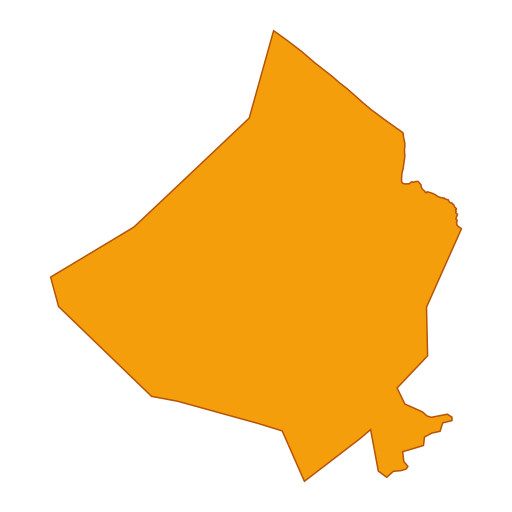 the district of Tessalit, Kidal, Mali
{"feature_id": "8926073B10282848961107", "entity_name": "Tessalit", "entity_type": "district", "adm_level": 2, "iso_a3": "MLI", "parent_name": "Mali", "parent_adm1": "Kidal", "projection": "natural_earth1", "projection_center": [1.279, 20.161], "detail": "fine", "context": "isolated", "style": "filled", "palette": "amber", "viewbox_px": 512, "rotation_deg": 0, "n_neighbors": 0, "source": "geoboundaries", "source_scale": "gbopen_adm2", "svg_char_len": 2796}
<svg xmlns="http://www.w3.org/2000/svg" viewBox="0 0 512 512"><path d="M304.4,481.3L359.8,438.8L370.6,429.6L378.3,471.1L386.7,477.3L393.4,471.3L401.2,470.6L406.2,469.0L407.9,466.4L403.8,461.5L402.7,451.7L423.5,445.5L424.5,437.0L431.8,433.1L440.1,431.3L442.7,422.9L452.0,420.6L452.0,417.2L447.4,414.2L438.6,415.9L431.3,417.3L426.9,415.9L422.5,411.9L416.7,409.3L404.9,404.1L397.1,388.0L427.6,355.8L426.5,307.2L461.4,228.9L461.2,228.6L461.0,228.4L460.8,228.1L460.6,228.0L459.9,227.6L459.1,227.1L458.0,226.2L456.9,225.0L456.7,224.6L456.7,224.4L456.8,224.1L456.8,223.6L456.5,222.9L456.5,222.3L456.7,221.9L457.0,221.7L457.1,221.2L457.2,220.5L456.9,219.8L456.4,219.5L456.2,219.3L456.0,219.2L456.0,218.8L456.1,218.3L456.3,217.6L456.6,216.8L456.9,216.1L457.1,215.6L457.5,214.7L457.5,214.2L457.0,213.9L456.7,213.6L456.1,213.3L455.8,212.7L455.8,212.3L456.0,212.0L456.2,211.5L456.2,211.1L455.7,210.8L455.6,210.5L455.6,210.1L455.8,209.6L456.1,209.3L456.4,209.2L456.5,209.0L456.4,208.7L456.2,208.4L455.9,208.1L455.6,207.9L455.2,207.5L454.8,207.1L454.4,206.5L454.1,205.9L453.8,204.9L453.5,204.4L452.7,204.2L452.4,203.6L452.0,203.1L451.7,202.9L450.8,202.8L450.4,202.8L449.9,202.4L449.4,201.9L449.0,201.4L448.8,200.9L448.5,200.2L448.2,199.8L447.9,199.6L447.6,199.6L447.1,199.7L446.6,199.4L446.0,199.1L445.4,199.1L445.0,198.9L444.6,198.4L444.4,198.1L444.2,198.2L443.9,198.5L443.6,198.4L443.3,198.1L443.0,197.9L442.7,197.9L442.1,197.8L441.1,197.6L439.4,197.1L437.9,196.5L437.2,196.1L436.4,195.5L435.9,195.0L434.7,194.5L434.0,194.0L432.8,193.5L431.5,193.0L428.5,192.1L427.9,191.9L427.6,191.8L427.3,191.8L427.1,191.8L427.0,192.1L426.7,192.6L426.1,192.7L425.4,192.3L424.9,191.7L424.8,191.4L424.5,190.9L424.1,190.7L423.4,190.2L422.7,189.4L421.8,188.2L421.3,187.0L421.2,186.5L420.9,186.1L421.0,185.7L421.1,185.1L420.9,184.8L420.4,184.1L419.8,183.4L419.4,183.0L419.3,182.8L419.1,182.6L418.3,181.7L417.9,181.4L417.5,181.4L416.9,181.4L416.0,181.5L415.1,181.6L414.3,181.9L413.8,182.2L413.4,182.4L413.1,182.4L412.3,181.8L411.9,181.9L411.3,182.0L410.6,182.4L409.8,183.3L409.5,183.6L409.0,183.9L408.1,183.7L407.7,183.8L407.0,183.9L405.5,183.9L404.1,183.8L403.1,183.4L402.1,182.6L401.7,181.9L401.6,180.9L401.6,180.7L401.6,178.7L401.6,177.7L401.7,177.0L401.8,174.6L402.1,172.5L402.3,171.7L403.0,169.4L403.3,168.1L403.4,166.2L403.8,164.1L404.2,160.7L404.6,158.5L404.9,155.1L404.8,154.4L404.6,153.9L404.5,151.5L404.5,148.9L404.8,147.9L404.8,142.9L403.6,137.5L403.1,133.1L402.1,132.1L397.9,129.1L396.8,128.4L384.0,119.2L371.2,109.7L363.3,103.1L356.3,96.8L347.2,88.8L339.6,82.9L332.3,76.5L322.2,68.6L314.5,62.6L301.7,51.5L287.1,40.4L273.8,30.8L273.6,30.7L249.2,118.1L178.0,185.5L134.0,227.0L50.6,277.1L58.6,306.6L151.6,396.4L177.4,401.2L256.8,423.1L282.2,430.9L304.4,481.3Z" fill="#f59e0b" stroke="#b45309" stroke-width="1.5"/></svg>